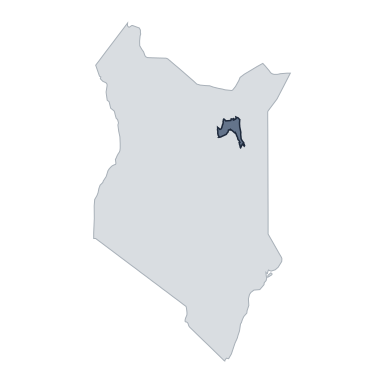 Eldas, North-Eastern, Kenya (highlighted)
{"feature_id": "3690345B40849356023427", "entity_name": "Eldas", "entity_type": "district", "adm_level": 2, "iso_a3": "KEN", "parent_name": "Kenya", "parent_adm1": "North-Eastern", "projection": "equal_earth", "projection_center": [39.451, 2.194], "detail": "fine", "context": "in_parent", "style": "filled", "palette": "slate", "viewbox_px": 384, "rotation_deg": 0, "n_neighbors": 0, "source": "geoboundaries", "source_scale": "gbopen_adm2", "svg_char_len": 6573}
<svg xmlns="http://www.w3.org/2000/svg" viewBox="0 0 384 384"><path d="M93.7,238.5L93.7,232.9L94.3,218.5L94.2,205.8L94.7,199.5L97.0,195.5L98.1,192.6L98.9,188.5L100.1,185.2L102.8,182.5L103.3,181.0L106.2,176.5L108.0,170.7L109.3,168.7L111.0,166.9L112.1,165.9L114.0,164.9L115.5,164.4L115.8,163.9L115.9,163.0L115.4,159.4L116.1,158.2L117.1,155.8L118.3,153.6L119.3,152.2L119.9,150.7L120.2,148.2L120.2,146.4L120.2,143.4L119.9,136.8L118.7,131.2L117.9,125.0L118.5,122.9L117.5,119.3L117.0,119.1L116.2,118.3L115.2,114.8L114.5,111.7L114.0,110.9L110.7,108.2L109.1,101.7L107.2,100.2L106.3,93.8L106.1,92.0L107.1,85.6L107.0,84.1L105.9,82.7L102.8,81.3L100.3,78.7L100.6,77.8L100.8,76.8L99.5,76.2L95.7,65.2L100.7,58.6L105.7,51.9L112.1,43.5L118.0,35.7L123.1,29.0L127.6,23.0L127.5,24.2L127.5,25.7L128.1,26.6L129.0,27.3L130.3,26.6L131.4,25.7L132.5,25.5L139.3,28.0L140.4,30.1L140.4,32.5L140.7,34.1L140.1,35.9L139.6,41.0L139.7,45.7L141.7,49.2L143.6,51.9L145.0,55.8L146.1,57.0L147.5,57.6L152.2,57.8L159.1,58.0L165.8,58.2L166.4,58.3L167.8,58.9L173.9,64.1L179.5,68.8L184.3,73.0L188.9,77.0L193.4,80.9L196.8,84.1L200.3,85.1L205.8,85.6L209.7,85.8L213.3,87.1L218.6,88.4L222.5,89.1L224.9,89.8L231.5,90.5L232.6,90.1L235.5,86.5L238.8,80.6L240.1,77.4L244.3,74.2L251.7,69.8L257.0,66.6L262.8,63.4L265.4,66.2L269.1,70.6L270.7,72.8L272.0,73.7L274.0,74.4L276.4,74.4L277.8,74.3L280.4,73.7L286.7,73.2L290.3,73.2L287.3,79.1L283.7,86.1L277.0,99.0L271.9,105.8L268.1,110.9L267.7,111.8L267.7,117.5L267.8,131.5L267.9,159.5L268.0,187.5L268.1,215.5L268.1,229.4L268.1,234.1L271.5,240.0L274.8,245.8L279.1,253.4L281.5,257.5L281.9,258.8L281.7,261.5L278.2,267.2L275.2,269.8L271.2,271.1L270.1,270.8L268.5,270.0L267.9,271.4L267.4,273.5L266.6,273.1L265.9,272.4L266.3,276.2L266.7,278.1L266.1,280.6L264.2,282.8L264.0,284.7L259.8,289.6L253.9,290.1L250.8,292.5L249.5,294.5L248.4,298.8L248.8,305.5L247.1,310.6L246.8,313.1L243.8,316.5L242.4,319.5L241.4,322.6L240.5,324.0L239.5,330.9L238.1,335.1L237.7,336.5L237.4,337.8L236.3,340.3L235.5,342.0L235.0,343.1L231.4,353.9L228.6,358.7L226.4,358.2L225.0,360.1L224.8,361.0L224.0,360.5L222.2,358.7L218.4,355.0L214.6,351.3L210.9,347.7L207.1,344.0L203.3,340.4L199.5,336.7L195.7,333.0L192.0,329.4L189.7,327.2L188.8,325.9L188.0,323.4L187.6,322.8L186.6,322.0L185.4,321.8L185.1,321.3L185.1,320.1L185.5,318.3L186.9,315.0L187.0,313.0L186.8,310.8L186.3,307.2L185.9,306.3L183.4,304.5L178.2,300.5L172.9,296.6L167.7,292.6L162.4,288.7L157.2,284.7L151.9,280.8L146.7,276.8L141.4,272.9L136.2,268.9L130.9,265.0L125.6,261.0L120.4,257.1L115.1,253.1L109.9,249.2L104.6,245.2L99.4,241.3L97.4,239.8L95.6,238.5L93.7,238.5ZM268.5,276.9L267.6,277.2L268.0,275.3L270.7,272.9L271.8,273.4L272.0,274.0L272.0,274.5L271.5,275.0L268.5,276.9Z" fill="#d9dde1" stroke="#a8b0b8" stroke-width="1"/><path d="M239.8,119.7L238.1,117.9L236.3,117.2L235.9,117.0L236.0,117.6L236.0,117.9L236.1,118.4L236.1,118.6L235.9,118.7L235.7,118.8L235.5,119.0L235.4,119.1L235.2,119.2L235.2,119.3L234.9,119.4L234.5,119.6L234.4,119.7L234.2,119.8L233.9,119.9L234.0,119.7L234.0,119.4L233.9,119.3L233.9,119.2L233.8,118.8L233.8,118.7L233.7,118.6L233.5,118.8L233.4,118.8L233.2,119.0L232.9,119.1L232.4,119.0L231.2,118.9L230.9,120.2L230.8,120.5L227.2,120.8L225.8,120.9L225.7,120.6L223.9,119.0L223.7,119.1L223.7,119.3L223.5,119.5L223.4,119.8L223.4,120.0L223.4,120.3L223.4,120.5L223.3,120.8L223.2,121.0L223.1,121.3L223.1,121.5L223.1,121.8L223.2,122.0L223.2,122.3L223.2,122.6L223.1,122.9L223.1,123.2L223.0,123.6L223.0,123.8L222.9,123.9L222.9,124.1L222.7,124.3L222.6,124.6L222.5,124.8L222.5,125.0L222.4,125.1L222.4,125.4L222.3,125.7L222.2,125.9L222.1,126.3L222.0,126.5L222.0,126.9L221.9,127.0L221.8,127.5L221.7,127.7L221.7,127.8L221.5,128.2L221.3,128.4L221.3,128.5L221.2,128.6L221.1,128.9L221.0,129.0L220.7,129.1L220.2,129.4L219.8,129.4L219.7,129.4L219.6,129.2L219.4,128.9L219.2,128.6L218.9,128.3L218.5,128.0L218.4,128.0L218.3,127.9L218.1,127.7L217.9,127.6L217.7,127.5L217.6,127.4L217.6,127.5L217.7,127.8L217.8,128.3L217.7,128.4L217.7,128.5L217.6,128.9L217.6,129.0L217.5,129.3L217.5,129.5L217.6,129.8L217.6,130.2L217.6,130.3L217.7,130.5L217.7,130.8L217.8,131.1L217.8,131.3L217.8,131.6L217.8,131.9L217.8,132.1L217.8,132.3L217.8,132.5L217.8,133.1L217.8,133.3L217.8,133.6L217.8,133.8L217.9,134.1L218.0,134.2L218.0,134.5L218.1,134.8L218.2,135.0L218.2,135.3L218.3,135.5L218.5,135.7L218.5,135.8L218.7,136.0L218.8,136.2L218.8,136.3L219.0,136.5L219.0,136.8L219.0,137.0L218.9,137.1L219.0,137.1L219.0,137.3L220.7,137.0L221.7,136.5L222.6,136.0L223.2,135.8L223.5,135.7L223.9,135.5L224.4,135.2L224.7,135.0L224.8,135.0L225.3,134.8L225.7,134.7L226.1,134.4L226.5,134.1L226.6,133.6L226.8,133.4L227.9,132.2L228.0,132.1L228.4,130.4L228.5,130.5L228.7,130.4L228.9,130.2L229.2,130.0L229.4,129.8L229.6,129.8L229.7,129.7L229.8,129.6L230.0,129.5L230.3,129.8L230.8,130.1L231.0,130.0L231.0,129.9L231.1,130.0L231.3,130.0L231.5,130.1L232.7,131.0L233.8,132.0L234.2,132.4L234.4,132.6L234.5,132.7L234.8,132.7L235.3,133.2L235.4,132.8L235.6,133.1L235.7,133.3L236.0,133.8L236.2,134.3L236.3,134.5L236.4,134.9L236.7,135.7L236.7,135.8L237.0,136.2L237.0,136.4L237.1,136.6L237.3,136.9L237.5,137.4L237.6,137.7L237.7,138.4L237.8,138.7L237.8,138.9L237.9,139.1L238.0,139.4L238.1,139.6L238.2,139.8L238.6,140.1L238.8,140.2L238.9,140.5L239.0,140.6L239.1,140.8L239.3,141.0L239.5,141.3L239.5,141.5L239.5,141.8L239.6,142.1L239.7,142.3L239.8,142.4L239.2,142.7L239.4,143.0L239.4,143.3L239.4,143.5L239.4,143.8L239.4,144.0L239.5,144.2L239.5,144.3L239.6,144.5L239.7,144.8L239.8,144.8L239.9,145.0L239.9,145.3L240.0,145.4L240.0,145.5L240.1,145.8L240.0,146.0L240.1,146.3L240.2,146.6L240.2,146.8L240.3,146.8L240.3,147.0L240.4,147.3L240.4,147.5L240.5,147.7L240.6,147.8L241.0,147.0L242.4,144.1L244.2,146.1L244.3,145.9L244.5,145.8L244.6,145.7L244.5,145.4L244.3,144.8L244.2,144.6L244.2,144.4L244.0,144.1L243.9,144.0L243.8,143.8L243.7,143.7L243.8,143.2L243.8,142.9L243.7,142.8L243.7,142.7L243.5,142.4L243.3,142.2L243.1,142.0L242.7,141.5L242.7,141.4L242.5,141.2L242.2,140.8L242.0,140.5L241.9,140.3L241.8,140.1L241.7,139.9L241.5,139.6L241.4,139.4L241.3,139.2L241.2,139.1L241.1,138.8L241.1,138.7L241.1,138.3L241.0,138.1L241.0,137.7L241.0,137.2L241.0,136.9L240.9,136.7L240.8,135.9L240.8,135.6L240.8,135.4L240.7,134.8L240.7,134.2L240.7,133.8L240.7,133.5L240.8,133.0L240.8,132.8L240.8,132.7L240.8,132.4L240.7,132.1L240.7,131.9L240.7,131.7L240.6,131.1L240.4,130.4L240.4,130.2L240.3,129.9L240.3,129.6L240.3,129.4L240.2,129.2L240.1,128.9L240.1,128.7L240.0,128.4L240.0,128.2L239.9,127.7L239.8,127.4L239.7,126.9L239.7,126.7L239.7,126.0L239.6,125.2L239.5,123.2L239.7,120.0L239.8,119.7Z" fill="#64748b" stroke="#1e293b" stroke-width="1.5"/></svg>